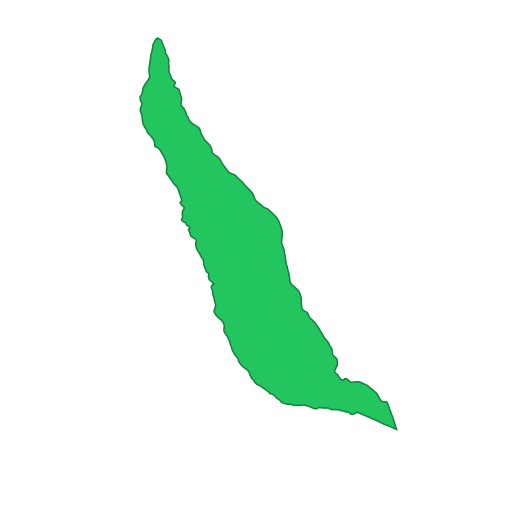 Poas, Alajuela, Costa Rica (Equal Earth projection), rotated 133°
{"feature_id": "36466004B26047404335903", "entity_name": "Poas", "entity_type": "district", "adm_level": 2, "iso_a3": "CRI", "parent_name": "Costa Rica", "parent_adm1": "Alajuela", "projection": "equal_earth", "projection_center": [-84.237, 10.106], "detail": "fine", "context": "isolated", "style": "filled", "palette": "green", "viewbox_px": 512, "rotation_deg": 133, "n_neighbors": 0, "source": "geoboundaries", "source_scale": "gbopen_adm2", "svg_char_len": 6129}
<svg xmlns="http://www.w3.org/2000/svg" viewBox="0 0 512 512"><g transform="rotate(133 256 256)"><path d="M287.0,34.9L282.0,43.6L273.4,60.5L276.6,64.9L276.4,66.9L275.6,69.0L275.1,71.0L274.2,73.1L274.2,78.3L274.6,82.3L274.6,85.3L274.8,85.9L274.8,86.6L276.5,91.7L276.6,92.4L277.9,95.1L278.9,96.3L281.0,97.9L281.8,98.9L283.6,100.3L283.8,101.1L283.8,105.3L284.5,106.9L284.8,107.3L287.1,107.3L288.4,109.7L288.2,111.3L287.2,115.4L287.2,117.9L287.4,119.0L286.6,119.9L285.4,120.5L282.2,121.6L281.1,121.7L278.2,124.0L277.3,125.0L276.6,125.8L276.3,126.9L276.0,128.3L276.0,132.0L275.9,132.6L274.9,134.0L272.8,136.3L271.9,137.8L271.4,140.6L269.9,144.1L269.4,147.8L269.4,149.2L265.6,162.3L264.9,166.3L264.4,167.9L264.4,174.0L264.2,175.6L262.6,178.9L262.6,181.3L262.8,181.6L263.1,182.5L263.3,184.2L263.3,186.0L262.4,187.7L262.0,187.8L261.2,188.9L260.1,189.9L259.4,191.1L259.0,191.2L256.0,194.1L254.0,197.3L253.9,197.8L253.6,198.0L252.9,199.7L252.6,201.4L252.4,201.9L252.4,209.1L252.6,209.6L252.6,210.8L252.0,212.2L251.9,212.8L251.4,213.5L251.0,214.5L249.2,216.2L247.9,218.2L247.9,218.8L247.0,219.0L246.1,220.3L245.3,221.9L243.2,225.2L242.8,225.5L241.1,228.6L239.1,231.0L238.9,231.5L235.9,234.9L235.8,235.4L234.7,236.5L234.2,237.5L233.8,237.7L233.6,238.2L232.9,238.9L232.4,239.9L232.1,240.1L231.5,241.7L231.1,241.9L231.1,242.4L230.8,242.7L230.0,244.6L228.4,246.9L227.3,247.6L226.1,248.9L225.6,248.9L225.3,249.2L224.5,249.6L223.9,250.3L223.5,250.4L223.2,250.8L222.1,251.6L221.7,251.7L220.1,253.5L220.0,254.0L218.9,255.2L218.4,256.1L218.4,256.7L217.0,258.8L216.9,259.4L216.6,259.7L216.2,260.7L215.5,262.1L215.2,262.4L215.2,263.0L214.5,264.3L214.3,265.9L214.1,266.2L213.8,267.4L213.8,268.6L213.6,269.5L213.6,279.1L214.4,281.9L215.0,282.7L215.0,283.3L215.2,283.6L215.2,288.4L215.6,290.8L215.6,294.4L214.7,296.7L214.1,297.3L213.6,298.9L212.7,300.5L212.3,302.1L212.2,304.5L212.0,305.0L212.0,309.2L211.8,310.2L211.8,313.2L211.3,315.5L211.3,323.9L211.1,325.0L211.1,326.8L211.8,328.7L212.7,330.4L212.7,331.0L213.4,332.8L211.2,344.8L210.4,346.6L209.6,349.6L209.6,352.7L210.2,354.0L210.2,355.2L210.3,355.4L210.3,358.4L208.3,360.9L207.1,363.3L207.1,363.6L206.5,365.0L206.3,367.2L206.2,373.0L205.4,374.9L205.1,376.3L204.5,377.3L204.0,379.2L203.4,380.6L201.9,382.8L201.3,384.6L201.2,386.8L202.0,389.4L202.0,390.6L202.5,392.3L202.5,397.3L201.0,399.9L200.7,401.6L200.4,402.2L200.1,403.2L199.9,403.4L199.6,404.2L198.9,405.1L198.3,406.5L198.0,407.6L197.2,409.4L197.1,411.6L196.8,413.7L194.2,416.0L192.2,417.2L191.4,417.9L190.7,418.9L190.4,419.9L186.6,426.0L187.6,429.7L187.8,431.9L187.4,432.4L184.5,432.8L184.1,433.4L183.9,433.9L184.0,438.5L182.6,440.9L181.1,444.5L179.5,446.5L178.0,447.6L177.0,448.8L176.5,449.1L175.8,450.2L174.6,451.6L173.1,452.4L172.0,453.7L170.5,456.4L170.1,457.6L169.8,459.3L168.1,462.0L167.2,463.0L166.5,464.6L166.3,464.7L166.0,466.1L165.1,467.6L164.9,468.6L164.2,469.7L164.0,470.4L163.1,471.6L162.8,472.8L163.7,476.5L164.0,476.2L164.4,476.2L165.2,477.1L166.1,476.8L167.5,476.8L169.6,475.9L171.4,475.6L177.7,471.4L180.1,470.4L180.4,470.0L182.4,468.8L183.0,468.1L185.0,467.0L185.8,466.3L187.0,465.6L192.1,461.9L196.6,457.1L197.1,456.4L197.9,455.8L200.5,455.0L205.0,454.6L206.7,454.0L207.6,454.0L208.8,453.4L209.7,453.4L211.0,452.8L211.2,452.3L212.8,451.3L213.2,451.3L214.4,450.3L217.0,449.5L218.4,449.5L220.8,447.1L221.3,446.1L221.6,444.6L223.1,442.8L224.6,441.9L225.5,441.9L226.7,441.3L227.3,440.7L228.1,440.4L228.6,439.7L230.1,437.0L231.0,435.4L231.4,435.1L231.5,434.6L232.5,433.7L232.7,433.2L234.4,431.6L234.8,430.8L235.7,429.8L235.8,429.3L236.5,428.5L237.3,426.4L237.9,424.5L237.9,423.9L238.1,423.6L238.1,423.0L238.6,422.0L238.6,421.4L239.5,420.2L239.7,419.3L239.9,415.2L240.1,413.6L240.4,413.1L240.4,411.9L240.6,411.4L240.6,410.8L240.8,410.5L241.3,408.9L241.8,408.2L244.6,405.0L244.7,403.8L244.2,403.0L243.8,400.8L243.8,399.0L246.5,390.0L247.9,387.2L248.3,386.9L248.7,385.8L250.5,383.2L252.5,381.0L254.1,380.1L255.4,378.8L256.2,378.5L256.4,378.2L256.5,377.6L256.9,376.7L256.9,374.9L257.2,374.4L257.3,373.3L257.8,372.1L257.8,371.5L258.6,367.9L259.0,366.9L259.0,365.7L259.4,363.4L259.4,360.4L263.0,353.4L263.0,352.9L264.2,351.7L264.6,350.0L265.2,349.6L265.6,348.6L266.6,348.0L268.7,348.0L268.9,347.7L269.4,345.2L269.4,342.0L269.6,341.4L271.3,340.6L272.6,340.6L274.4,339.6L276.8,337.3L277.6,336.1L278.4,335.7L279.9,335.5L280.5,335.1L280.6,334.2L280.3,331.3L279.6,330.9L279.6,330.7L279.7,329.7L280.3,329.1L280.6,328.4L280.6,326.9L280.1,325.1L280.2,323.9L280.5,323.4L282.7,323.6L284.1,320.2L285.4,318.4L285.9,317.5L285.6,315.1L284.9,312.1L284.9,311.4L285.1,310.6L285.7,309.7L286.4,309.4L287.1,309.4L288.1,308.7L290.3,305.8L291.4,304.0L292.9,298.4L294.1,295.2L294.3,294.0L294.8,292.2L295.3,291.2L298.2,287.8L299.7,285.1L300.5,282.9L301.1,282.1L301.3,281.4L301.3,279.9L301.0,279.3L301.2,278.4L303.2,277.1L305.1,274.3L305.2,272.4L305.0,269.0L305.3,267.6L306.2,268.3L308.9,267.9L309.8,266.8L310.2,266.0L310.7,264.3L311.5,263.7L313.7,261.0L314.4,259.9L314.8,258.8L317.8,254.6L318.6,252.7L320.1,251.4L324.6,249.4L325.8,247.9L326.7,244.2L326.7,238.5L326.4,238.1L326.3,237.1L326.7,236.8L327.1,234.2L327.5,233.8L328.5,231.7L332.2,228.9L333.3,227.3L333.6,226.0L333.8,224.5L334.7,221.1L335.3,220.0L335.8,218.5L338.5,213.7L338.9,212.4L340.2,210.8L340.7,209.6L341.5,207.7L342.5,204.4L343.0,201.9L343.1,200.0L343.4,198.8L344.3,197.9L345.0,196.6L345.8,192.8L345.8,188.1L345.4,186.3L345.4,184.1L345.6,182.6L346.1,181.0L346.7,180.1L348.3,176.3L348.5,175.5L348.5,173.2L349.1,170.9L349.2,169.7L349.2,168.0L348.8,166.1L348.2,164.8L346.9,155.4L346.8,153.7L347.2,152.1L346.2,150.5L345.5,148.6L345.8,143.5L345.3,141.5L345.3,139.4L345.6,138.1L345.4,136.6L344.4,134.4L343.7,133.5L343.1,132.1L340.2,128.7L339.8,127.6L339.8,126.8L334.9,121.6L333.4,120.5L332.4,119.4L330.2,115.7L328.5,110.8L327.2,108.2L326.1,107.4L324.0,106.6L323.5,106.2L321.4,103.2L318.2,99.8L317.7,99.0L317.4,97.3L316.7,95.8L315.6,94.9L315.1,94.1L312.9,91.6L311.3,88.9L310.9,87.9L309.8,86.5L308.3,83.3L306.9,81.6L307.0,79.2L306.8,78.7L306.1,77.6L305.5,76.9L301.2,75.4L293.4,53.5L292.9,51.4L292.1,49.5L291.9,48.0L290.2,44.0L287.0,34.9Z" fill="#22c55e" stroke="#15803d" stroke-width="1.5"/></g></svg>